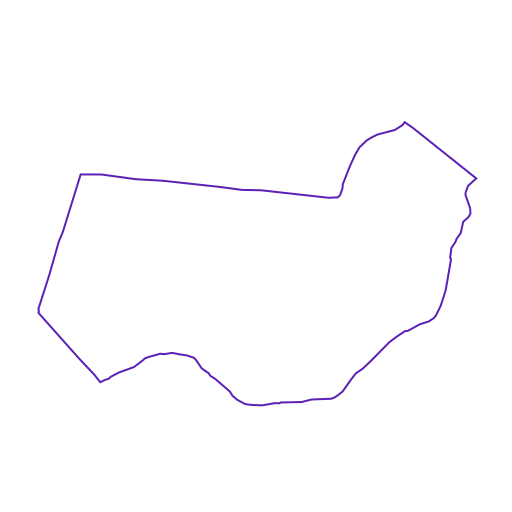 the district of Tectitán, Huehuetenango, Guatemala, rotated 96°
{"feature_id": "79465075B96618305654863", "entity_name": "Tectitán", "entity_type": "district", "adm_level": 2, "iso_a3": "GTM", "parent_name": "Guatemala", "parent_adm1": "Huehuetenango", "projection": "mercator", "projection_center": [-92.03, 15.362], "detail": "fine", "context": "isolated", "style": "outline", "palette": "violet", "viewbox_px": 512, "rotation_deg": 96, "n_neighbors": 0, "source": "geoboundaries", "source_scale": "gbopen_adm2", "svg_char_len": 1318}
<svg xmlns="http://www.w3.org/2000/svg" viewBox="0 0 512 512"><g transform="rotate(96 256 256)"><path d="M155.8,45.1L112.1,113.5L107.4,122.1L110.6,124.1L116.1,131.0L122.3,147.4L125.2,152.3L129.4,157.9L137.0,164.4L145.5,168.2L156.9,172.0L175.3,177.1L180.0,177.1L186.9,178.8L189.1,180.8L190.5,189.6L190.1,257.8L191.7,276.5L191.1,299.9L190.9,356.6L192.2,383.7L191.1,418.1L193.2,438.9L252.2,450.6L262.1,453.6L296.5,459.6L331.5,466.9L333.0,466.2L335.3,466.4L376.3,421.4L391.1,404.2L396.5,399.0L397.8,397.7L395.0,393.2L393.5,389.7L391.3,387.8L386.0,379.8L379.2,365.8L373.3,359.4L370.8,356.9L369.4,355.8L367.5,351.9L363.2,340.9L363.2,336.8L361.1,329.4L361.8,321.4L362.1,314.3L363.6,307.3L365.1,305.4L366.1,304.4L373.5,298.2L377.5,290.9L380.0,288.8L382.3,284.0L387.7,276.2L393.6,267.8L397.5,264.7L400.9,259.8L404.4,251.2L404.6,245.6L403.9,234.3L400.3,221.6L400.1,217.5L399.0,215.7L396.5,195.5L392.9,185.7L390.1,166.3L388.3,162.8L385.8,159.9L381.7,155.7L369.7,149.0L362.2,144.4L357.1,138.3L348.6,131.0L327.7,114.3L321.4,107.5L315.1,99.9L314.6,97.2L306.9,86.1L303.0,77.3L299.2,72.7L296.5,70.9L286.2,67.1L270.5,63.8L238.8,61.7L237.4,62.8L227.6,62.5L221.4,59.2L218.2,58.4L211.8,54.8L200.3,53.5L195.1,48.8L191.5,47.2L186.1,48.0L173.5,54.0L171.2,54.2L164.2,52.5L155.8,45.1Z" fill="none" stroke="#5b21b6" stroke-width="2"/></g></svg>